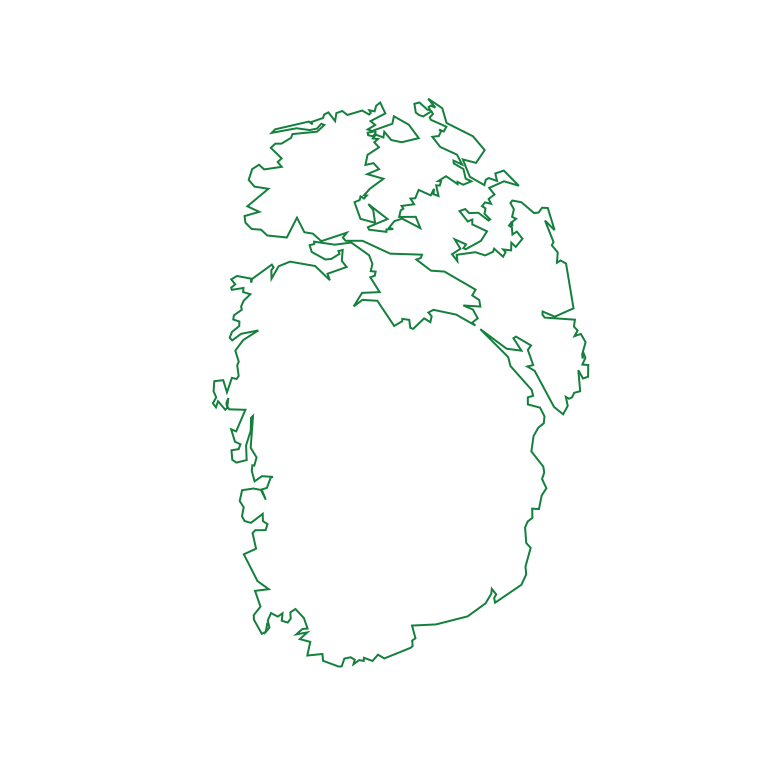 Fedje nor, Norway (orthographic projection), rotated 23°
{"feature_id": "86288312B30337724533689", "entity_name": "Fedje nor", "entity_type": "district", "adm_level": 2, "iso_a3": "NOR", "parent_name": "Norway", "parent_adm1": "", "projection": "orthographic", "projection_center": [4.716, 60.769], "detail": "fine", "context": "isolated", "style": "outline", "palette": "green", "viewbox_px": 768, "rotation_deg": 23, "n_neighbors": 0, "source": "geoboundaries", "source_scale": "gbopen_adm2", "svg_char_len": 6165}
<svg xmlns="http://www.w3.org/2000/svg" viewBox="0 0 768 768"><g transform="rotate(23 384 384)"><path d="M329.9,107.4L313.1,104.1L323.3,109.6L318.4,109.4L316.9,111.6L319.3,113.7L316.9,114.6L306.6,111.0L302.5,114.2L307.2,121.7L311.2,122.7L315.5,122.4L321.1,114.4L323.6,116.4L321.9,120.6L323.8,122.5L340.9,122.8L340.3,128.3L335.4,128.2L337.8,129.3L337.6,134.3L331.9,137.6L343.1,143.8L361.6,144.4L370.2,151.5L360.7,151.2L362.0,153.7L373.1,155.1L378.9,163.0L385.2,163.3L379.1,169.6L372.7,169.2L373.6,171.2L359.9,168.5L354.7,176.0L357.3,175.1L357.8,179.5L354.4,180.8L360.7,189.7L355.4,189.9L353.8,184.8L353.3,192.1L340.1,191.8L340.2,200.8L335.9,203.0L341.5,206.8L330.6,213.2L333.3,215.1L331.5,217.7L332.7,224.3L347.9,217.7L356.5,226.3L336.1,224.7L329.9,230.0L327.6,238.1L332.0,237.8L325.9,240.8L326.8,243.0L310.0,247.8L307.9,246.0L322.8,230.8L299.3,224.5L306.1,228.1L312.8,239.1L297.8,241.2L285.8,228.2L289.7,224.2L289.1,220.5L293.1,221.1L294.5,217.2L291.9,218.1L294.7,209.8L303.3,195.3L286.6,197.4L295.5,188.2L288.1,184.8L281.3,189.6L279.3,179.5L286.9,168.1L280.6,165.3L282.8,160.8L277.8,162.3L279.0,157.7L287.1,157.3L285.7,151.7L295.4,156.6L305.9,154.5L319.9,144.1L305.5,135.6L288.5,133.7L290.0,141.2L275.9,154.1L278.2,156.3L277.3,160.2L272.2,161.2L270.8,159.1L275.9,155.6L269.5,156.1L274.7,149.0L268.9,147.3L279.5,134.4L270.5,126.4L268.1,130.9L268.8,136.7L263.5,137.8L265.9,139.7L265.0,141.8L257.1,140.8L245.1,150.7L238.9,149.0L234.3,153.3L236.3,161.1L226.7,155.7L223.6,159.4L224.0,162.9L214.6,171.4L216.8,173.0L212.3,171.8L184.3,192.1L182.5,196.7L203.5,182.8L216.3,179.3L222.5,175.1L224.6,169.0L227.9,168.9L223.8,177.9L202.1,189.7L202.3,193.7L195.7,202.8L190.0,205.3L187.5,210.8L201.6,216.3L199.4,221.2L205.0,224.1L189.8,233.3L183.3,231.0L178.7,237.7L179.7,249.0L187.7,252.9L201.3,249.5L188.8,273.8L201.9,274.3L190.0,283.9L193.5,289.7L201.6,293.0L210.5,290.0L218.5,292.9L237.3,287.1L238.9,264.9L251.4,275.4L259.8,273.4L270.5,277.0L290.6,259.3L288.9,265.2L292.7,267.2L308.2,260.6L338.8,261.6L368.4,250.1L368.7,253.5L365.2,256.8L383.0,261.3L395.7,256.9L431.4,261.4L430.6,268.0L438.9,269.5L442.4,275.1L426.3,280.7L436.7,280.7L444.6,286.9L441.2,293.1L445.3,294.5L423.4,291.9L400.5,296.4L396.9,300.9L401.4,303.0L402.5,309.0L395.3,307.9L389.3,321.9L386.2,322.0L382.2,315.1L375.4,316.9L376.2,319.1L370.7,326.6L345.4,310.0L331.3,315.0L325.8,324.4L328.2,308.7L344.1,301.1L329.7,291.1L333.2,287.9L332.4,283.8L327.7,285.3L326.4,278.0L320.0,271.3L298.6,266.6L284.2,275.0L264.0,280.3L265.1,282.4L261.3,285.3L265.9,290.7L281.4,292.3L286.6,289.5L292.2,281.5L290.1,279.4L293.6,276.8L297.1,287.2L303.9,290.9L288.9,304.6L293.6,309.6L274.5,302.3L249.7,308.1L241.0,316.8L239.3,331.0L235.8,323.2L236.8,319.8L234.1,317.9L221.5,338.9L222.2,342.6L220.3,339.0L206.5,342.0L202.5,347.4L208.1,350.4L205.7,355.0L207.1,356.8L217.1,350.5L218.4,354.4L225.9,353.6L222.3,362.1L222.2,368.5L224.1,371.2L219.0,379.4L220.0,383.5L226.5,383.0L228.1,387.2L223.7,395.5L223.9,401.7L227.2,403.2L232.9,393.6L247.4,383.8L237.2,398.6L234.1,411.4L241.6,420.3L241.6,424.2L247.1,433.4L246.3,437.0L241.6,437.8L242.7,453.0L234.5,443.3L226.7,447.7L229.9,457.2L234.8,461.9L234.0,468.6L238.4,471.1L238.0,464.7L247.9,469.7L249.1,467.1L246.4,463.4L246.2,457.7L248.5,465.8L251.4,467.8L266.5,461.9L266.4,485.4L261.0,485.4L269.3,495.3L275.4,495.6L275.7,500.7L269.5,504.6L274.0,513.1L278.9,514.0L287.3,507.7L281.0,494.3L279.6,479.2L274.8,467.0L275.9,464.5L286.2,494.8L295.4,501.4L296.5,509.8L294.6,510.2L296.2,515.6L302.9,524.2L307.6,516.6L318.0,512.9L316.3,514.6L316.8,525.4L312.6,528.9L320.4,536.7L312.2,529.6L304.7,531.2L294.9,537.2L296.9,548.1L303.0,552.3L305.0,561.3L309.2,564.6L315.8,563.8L323.1,550.9L326.1,557.5L331.5,558.5L332.1,564.8L322.6,568.9L321.3,572.7L330.6,585.6L321.5,595.5L344.6,614.9L358.1,617.9L346.1,624.8L357.3,637.2L354.4,647.7L356.3,651.7L369.1,661.7L372.0,658.4L369.9,649.2L372.1,658.3L373.7,653.0L369.4,647.1L369.5,639.0L377.1,639.6L380.2,634.7L382.4,641.9L388.6,641.2L389.8,636.4L387.0,630.8L390.4,625.7L401.8,630.8L409.2,639.0L404.7,641.3L401.1,648.7L410.5,642.6L406.2,651.7L416.9,650.2L419.5,663.9L432.8,656.6L436.1,662.6L452.7,661.8L455.4,660.5L454.8,652.3L460.0,648.6L464.8,649.2L465.4,653.9L469.0,647.9L473.5,646.8L472.5,643.9L481.7,643.4L484.2,635.5L491.5,636.5L511.7,616.3L512.7,613.9L510.2,609.1L512.3,605.8L504.2,595.4L525.8,585.0L551.8,565.2L563.2,546.2L564.7,535.2L563.3,530.5L569.5,533.8L569.0,537.9L571.7,541.9L588.9,515.2L589.3,503.6L585.6,496.9L583.0,477.5L577.1,474.8L569.9,460.9L570.0,454.4L572.9,449.2L569.1,440.8L575.5,438.6L572.7,425.0L574.2,416.5L566.6,409.7L566.1,402.9L562.9,397.8L546.0,388.5L542.0,373.5L543.1,363.9L546.4,357.7L544.4,351.1L536.9,344.8L524.4,346.6L521.6,340.1L525.9,336.6L522.3,331.8L493.3,318.0L487.8,310.7L451.2,295.9L483.1,303.6L497.5,299.6L485.3,291.3L487.0,288.8L504.3,291.1L503.1,296.4L513.9,308.3L509.1,311.9L517.5,313.0L549.5,338.7L560.7,341.9L561.7,332.4L556.4,324.8L560.0,325.3L562.3,322.9L562.5,317.8L567.4,314.0L557.5,295.4L565.0,301.2L569.0,297.6L564.6,286.7L559.0,288.6L559.2,281.2L556.4,278.4L556.8,282.9L554.8,279.2L553.2,266.7L545.6,261.0L540.7,265.5L541.3,259.1L536.4,256.9L534.6,250.2L505.9,260.1L502.7,258.2L501.7,255.3L514.9,255.3L528.9,240.3L504.5,202.0L498.3,201.3L495.8,204.8L492.5,195.0L484.2,190.7L484.6,187.1L468.4,170.7L480.9,175.7L466.0,158.0L460.6,160.0L459.3,165.8L455.3,168.0L439.5,163.0L430.4,165.0L429.7,168.0L435.3,172.4L436.6,180.1L441.0,180.3L438.7,184.7L440.5,188.6L437.9,186.2L437.2,189.4L440.6,190.0L443.8,196.2L446.7,191.8L454.7,196.2L451.7,206.3L446.0,204.2L448.8,211.3L441.1,213.6L444.4,215.1L443.9,220.3L432.5,216.4L432.7,219.7L426.9,226.1L416.5,227.0L400.4,236.7L403.5,242.2L395.9,238.0L401.5,229.7L392.6,223.2L405.0,223.4L404.0,227.9L406.6,228.0L417.3,214.3L419.2,203.2L402.9,202.6L401.0,198.1L397.6,201.7L386.0,195.3L390.4,191.2L395.6,193.4L404.0,189.5L416.4,192.7L417.4,191.0L410.0,188.0L408.8,182.7L404.7,182.0L406.1,177.3L412.1,176.3L408.0,172.8L411.6,166.4L404.2,162.4L415.3,150.5L430.7,148.8L410.9,140.7L404.2,146.7L408.7,152.9L400.0,153.5L397.9,156.1L398.7,161.7L382.0,159.7L368.8,146.5L382.3,144.5L385.3,129.4L369.1,121.2L339.6,119.3L329.9,107.4Z" fill="none" stroke="#15803d" stroke-width="2"/></g></svg>